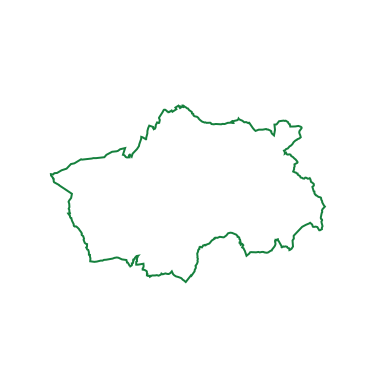 outline of Malovat, Mehedinti, Romania, rotated 120°
{"feature_id": "2599482B51625304248487", "entity_name": "Malovat", "entity_type": "district", "adm_level": 2, "iso_a3": "ROU", "parent_name": "Romania", "parent_adm1": "Mehedinti", "projection": "mercator", "projection_center": [22.741, 44.72], "detail": "fine", "context": "isolated", "style": "outline", "palette": "green", "viewbox_px": 384, "rotation_deg": 120, "n_neighbors": 0, "source": "geoboundaries", "source_scale": "gbopen_adm2", "svg_char_len": 6046}
<svg xmlns="http://www.w3.org/2000/svg" viewBox="0 0 384 384"><g transform="rotate(120 192 192)"><path d="M283.9,195.9L283.2,194.2L283.2,191.9L283.4,191.4L284.7,190.5L286.3,189.6L285.9,189.3L286.7,188.9L286.7,188.1L285.6,186.5L286.3,186.0L284.2,184.8L282.8,182.3L281.6,180.9L281.1,179.0L279.0,177.6L277.9,177.7L277.9,176.2L275.8,174.3L275.3,172.4L274.6,171.1L273.0,170.2L270.8,169.8L272.6,167.3L273.0,165.8L273.1,163.7L272.5,161.5L272.0,158.6L272.1,157.6L272.6,156.2L272.6,155.0L273.1,152.4L264.7,151.2L264.9,150.6L259.4,150.1L258.0,150.7L256.1,150.7L254.9,151.2L254.3,152.0L251.6,151.8L249.5,152.2L248.6,153.0L246.9,153.5L246.2,154.5L245.5,154.7L242.7,156.7L240.4,157.0L239.3,157.6L238.0,157.2L237.9,157.5L236.6,157.5L236.1,157.9L235.4,157.6L235.0,155.7L232.7,155.6L232.4,155.0L231.7,154.8L231.3,154.3L231.5,153.7L231.3,153.5L230.5,153.3L227.9,151.2L224.1,150.6L221.2,149.1L221.0,149.5L220.0,149.1L218.9,147.0L216.9,145.5L215.6,142.2L215.2,141.7L212.4,140.5L209.7,140.1L208.1,138.5L207.4,136.9L206.8,132.3L207.3,130.8L208.0,130.1L207.6,129.7L207.8,128.4L209.1,127.3L209.2,126.6L210.8,125.2L211.7,125.7L212.3,125.4L212.2,124.7L213.2,123.7L213.4,123.4L212.6,123.0L211.9,123.5L211.9,122.3L212.4,121.0L214.9,120.9L215.0,119.1L215.9,118.0L216.4,117.0L220.0,112.9L216.6,111.6L215.3,111.6L214.6,110.9L212.2,106.3L210.7,104.5L210.4,103.1L208.8,101.3L208.1,99.9L208.2,99.3L207.2,96.8L206.2,95.8L203.7,94.6L202.7,93.7L202.1,93.9L197.8,93.3L195.8,93.5L194.6,94.1L193.7,95.1L192.6,95.7L192.0,95.0L191.5,95.5L191.3,95.1L190.0,94.0L191.0,93.1L191.1,92.5L194.2,87.3L195.0,86.8L195.0,86.5L193.5,85.7L193.5,85.1L192.4,83.9L192.1,83.0L191.9,82.2L192.4,81.7L192.5,80.6L192.2,79.6L193.6,78.6L193.1,78.2L191.4,77.4L188.7,77.3L183.7,80.7L181.5,80.5L179.2,82.0L178.8,82.0L167.1,79.2L163.4,76.9L160.5,74.7L159.6,74.3L160.1,71.7L161.6,70.0L161.3,69.0L160.1,67.5L159.7,65.9L161.5,62.7L161.2,62.1L159.2,60.9L158.2,61.6L156.3,61.9L153.6,64.6L152.7,65.2L151.6,65.1L151.0,65.5L150.7,66.2L150.8,66.7L150.2,67.4L149.4,67.8L145.3,69.2L144.6,69.1L143.6,69.6L143.2,70.1L141.8,70.4L138.2,69.6L137.7,71.0L135.9,74.0L134.8,74.8L134.0,76.2L132.6,77.3L132.4,77.9L133.0,80.1L132.7,83.0L132.9,83.3L132.4,83.9L132.4,84.5L132.0,85.2L130.4,86.2L130.6,86.9L127.4,90.3L125.5,89.7L124.2,90.5L123.8,92.2L123.7,94.0L121.8,95.8L121.2,96.9L121.7,97.1L122.6,98.5L122.5,100.0L122.9,101.1L124.3,101.5L124.8,102.7L124.7,103.7L125.1,105.2L124.2,106.5L124.1,109.0L123.2,109.8L123.5,110.7L123.2,111.8L123.5,112.4L123.7,114.6L121.1,115.0L120.1,115.7L118.5,115.9L116.8,117.1L114.1,115.4L113.4,115.5L113.0,116.0L112.0,118.6L111.8,120.2L111.3,121.8L111.2,124.1L110.4,125.4L110.7,126.5L111.7,127.7L111.9,128.4L111.9,128.9L111.0,130.2L112.3,130.8L111.5,131.1L110.2,133.0L109.4,132.3L107.8,132.0L106.4,130.8L103.6,130.3L102.8,129.7L100.6,129.0L98.0,128.9L95.5,128.1L94.5,127.3L93.7,127.2L91.9,125.8L90.2,125.2L88.7,126.7L87.6,128.2L86.5,129.1L85.2,129.4L82.1,129.0L81.3,129.4L81.1,130.4L81.6,132.9L83.7,135.5L86.2,139.6L84.6,141.1L84.8,141.3L84.1,143.1L83.5,143.7L83.4,146.5L84.2,147.5L84.3,148.2L85.0,149.2L87.2,152.0L90.8,152.5L91.3,152.7L92.4,154.3L96.7,151.2L102.0,149.3L101.4,152.1L100.3,153.6L99.8,153.7L99.6,154.4L99.9,157.6L100.4,158.2L100.4,159.3L102.7,162.0L104.7,165.4L107.3,167.5L107.1,168.7L106.3,171.1L103.4,177.1L103.7,177.5L104.2,177.7L104.4,180.1L105.5,181.6L105.1,184.0L105.5,187.4L105.1,188.4L106.1,188.2L107.3,188.8L110.1,191.8L110.3,192.5L111.0,192.8L111.0,191.5L111.5,190.6L111.7,190.8L112.4,192.8L114.2,195.6L116.8,197.7L117.8,199.7L118.8,200.6L121.2,205.4L122.5,207.0L123.4,209.1L122.9,210.3L122.9,210.9L124.8,213.9L125.0,215.2L125.5,215.7L126.0,218.4L125.6,221.2L125.1,223.0L124.6,223.6L124.4,225.4L125.1,227.6L125.1,228.4L124.8,229.2L123.9,229.7L123.7,230.2L124.0,231.3L122.8,232.2L122.5,235.5L121.7,237.2L122.0,238.1L121.7,239.9L121.9,240.7L121.7,241.2L121.5,242.7L121.8,243.3L122.9,242.4L123.7,244.9L124.3,243.8L125.3,244.3L124.0,246.9L127.2,248.6L128.1,246.9L132.3,249.1L131.6,250.4L133.8,251.5L133.7,251.7L134.7,252.4L134.5,252.7L134.7,253.6L134.3,254.8L134.2,256.4L134.7,257.3L135.3,257.5L137.7,257.4L144.1,257.7L144.4,257.6L145.7,255.9L148.5,255.0L148.9,255.3L149.2,257.0L152.2,256.8L154.1,255.9L155.6,255.7L156.7,256.5L155.9,257.2L156.1,258.5L155.7,257.8L155.1,258.1L155.9,262.2L158.6,261.9L161.5,261.1L163.7,259.9L167.8,258.8L169.2,258.1L169.4,258.2L169.3,262.1L169.6,263.5L171.4,262.6L177.1,261.5L178.7,260.9L182.3,261.1L188.5,262.6L191.6,261.9L190.7,264.5L191.7,264.9L192.6,264.5L193.3,263.6L194.6,265.6L194.8,266.6L194.7,267.2L194.1,268.4L194.0,269.5L194.3,270.4L187.4,271.9L190.9,275.6L193.4,276.7L194.4,277.6L197.1,281.3L202.6,284.7L205.7,285.3L210.7,292.1L212.0,294.4L213.1,295.5L219.0,303.5L219.1,304.4L226.0,308.2L228.3,310.8L234.5,312.3L238.4,315.8L243.0,318.4L244.5,320.6L246.2,321.0L247.1,323.1L248.2,322.3L249.3,319.3L249.9,319.1L249.9,318.2L251.7,317.3L252.5,316.3L252.4,310.7L252.6,310.5L253.6,295.1L257.6,293.7L260.7,294.1L262.2,294.0L263.5,292.5L266.4,290.6L268.2,290.4L268.8,289.3L270.2,288.5L271.3,287.2L272.5,288.5L273.2,287.1L273.1,286.3L274.5,285.2L275.1,284.3L275.2,284.0L274.9,283.5L276.8,281.7L279.0,278.4L280.2,277.6L280.5,277.1L280.5,276.2L279.8,275.4L279.9,273.9L280.6,271.3L281.0,270.8L282.4,267.5L283.1,266.6L283.6,266.6L284.4,265.9L284.6,264.2L286.5,262.1L287.6,262.0L289.7,259.4L289.9,258.1L289.6,256.8L292.1,255.5L292.9,255.9L294.0,254.2L294.2,253.8L294.0,253.0L294.2,252.7L295.7,251.2L297.9,249.9L298.0,249.4L297.6,248.9L299.1,248.0L300.1,246.9L302.9,245.5L301.3,241.6L299.8,239.6L297.0,236.7L296.2,235.2L294.8,234.3L293.5,232.4L289.4,227.5L287.8,226.2L286.3,224.4L285.7,222.8L285.4,219.0L283.7,214.8L285.5,213.1L285.2,212.7L285.6,211.6L287.0,209.3L286.9,208.4L287.1,208.2L285.6,207.5L285.0,207.6L283.9,208.4L283.2,207.7L281.7,208.0L281.2,208.6L280.0,208.4L279.7,209.0L278.5,208.3L277.4,208.5L275.2,208.0L274.1,206.7L275.2,206.9L275.8,206.5L276.6,206.6L277.7,206.0L278.0,206.1L279.4,205.0L280.3,205.4L282.8,204.0L281.9,202.4L278.4,198.2L280.4,196.8L281.8,196.4L282.9,196.5L283.9,195.9Z" fill="none" stroke="#15803d" stroke-width="2"/></g></svg>